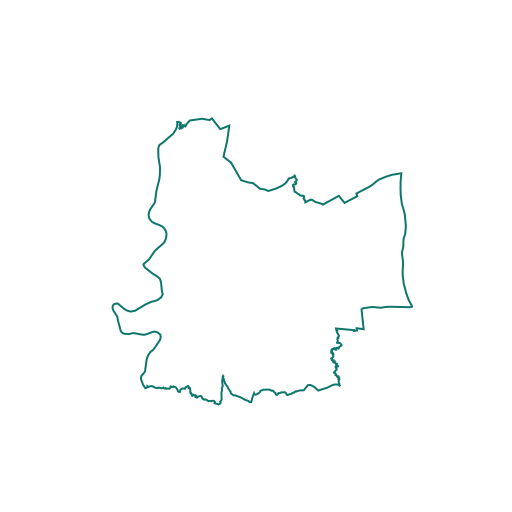 Santo Tomé, Corrientes, Argentina (Mercator projection), rotated 145°
{"feature_id": "61730980B79787842894443", "entity_name": "Santo Tomé", "entity_type": "district", "adm_level": 2, "iso_a3": "ARG", "parent_name": "Argentina", "parent_adm1": "Corrientes", "projection": "mercator", "projection_center": [-56.034, -28.286], "detail": "fine", "context": "isolated", "style": "outline", "palette": "teal", "viewbox_px": 512, "rotation_deg": 145, "n_neighbors": 0, "source": "geoboundaries", "source_scale": "gbopen_adm2", "svg_char_len": 6162}
<svg xmlns="http://www.w3.org/2000/svg" viewBox="0 0 512 512"><g transform="rotate(145 256 256)"><path d="M369.5,155.2L368.8,157.3L366.6,158.0L362.9,163.6L360.5,165.9L359.9,167.3L358.0,168.4L355.6,172.7L352.4,176.2L351.7,176.6L351.7,176.3L352.9,174.9L353.0,173.4L353.8,172.6L353.7,171.3L354.5,169.4L354.3,167.8L354.5,166.6L354.2,165.7L354.7,163.2L354.6,161.6L354.8,160.8L354.6,159.4L355.2,158.6L355.3,157.5L354.3,154.7L352.6,153.5L352.3,152.7L349.8,149.3L347.2,144.1L345.3,141.5L345.1,140.0L344.7,139.6L343.7,139.1L340.4,141.9L336.4,144.6L336.7,143.6L335.7,142.5L333.7,142.1L331.3,142.2L329.5,143.0L326.4,142.1L321.5,138.8L320.6,136.8L319.6,136.2L319.1,134.8L319.2,134.0L318.6,132.6L319.2,131.3L318.9,130.6L318.1,130.1L316.2,130.8L315.5,130.2L313.7,129.9L310.2,127.5L310.1,126.3L310.4,124.6L310.0,124.0L307.5,123.4L306.3,122.7L304.9,122.9L302.7,122.2L302.2,122.5L301.3,122.5L300.9,122.3L300.8,121.9L297.2,120.8L294.0,118.6L287.4,120.4L285.3,119.0L283.4,115.4L282.1,110.0L275.3,108.0L274.3,107.5L266.7,106.2L264.7,105.3L262.4,103.4L261.7,101.0L261.5,103.5L260.9,103.9L261.1,104.3L260.5,105.5L259.4,106.5L259.4,107.3L258.3,107.4L257.8,108.1L258.4,109.1L257.6,109.6L257.5,110.1L258.6,110.5L258.7,110.9L258.4,111.7L259.1,112.7L258.4,113.3L258.6,114.1L258.3,114.5L258.9,115.1L258.9,115.9L256.6,116.4L256.2,116.7L255.1,116.7L254.6,117.5L254.7,119.1L254.2,119.7L253.8,119.7L252.5,118.5L251.9,118.7L252.0,119.1L252.4,119.2L252.8,120.4L251.6,121.2L252.5,121.8L252.2,122.9L252.6,123.2L252.1,124.2L252.8,124.2L252.8,124.7L253.5,124.7L253.5,125.1L252.3,126.2L253.5,127.0L253.2,128.9L252.0,128.7L251.7,129.0L250.4,129.3L250.3,129.9L249.4,130.9L249.4,131.4L248.9,131.3L248.8,131.9L249.0,132.3L249.3,132.0L249.5,132.3L249.5,132.7L249.1,132.9L249.4,133.2L248.7,133.4L248.6,133.8L249.4,134.3L248.9,135.0L248.2,135.5L247.9,135.2L247.2,135.3L246.9,136.0L246.6,136.0L246.2,135.5L244.8,135.6L243.8,134.7L244.2,134.4L245.0,134.5L244.9,134.0L244.3,133.5L244.2,133.9L243.1,134.6L241.5,133.8L241.8,133.1L241.5,132.9L241.1,133.0L240.9,133.5L240.0,133.8L237.3,133.6L236.8,134.5L237.2,136.5L238.3,137.7L239.3,138.2L239.2,138.7L238.3,138.9L237.5,140.0L237.1,141.1L236.0,142.2L235.6,141.7L235.2,142.4L234.5,142.5L233.8,143.2L233.3,147.6L232.7,148.5L232.4,148.4L232.6,149.6L232.3,149.7L232.0,150.7L218.3,139.1L218.8,138.5L216.1,137.1L215.0,139.1L209.8,134.3L200.2,151.7L198.6,151.9L190.1,147.7L183.5,142.0L179.0,139.9L174.8,137.2L159.5,125.9L157.8,125.0L157.2,125.3L156.9,126.0L156.2,132.2L154.2,139.5L151.0,148.2L147.0,155.9L144.5,159.6L139.3,166.2L135.4,173.6L133.9,175.7L129.8,179.3L126.7,183.7L124.9,185.7L121.3,188.4L116.3,194.2L110.3,204.6L108.8,208.5L106.8,214.7L102.5,222.9L99.1,228.1L95.0,233.8L89.5,240.4L98.0,244.5L104.0,246.4L110.9,248.0L114.2,248.1L119.6,247.6L123.4,247.7L137.9,249.6L138.8,246.9L153.0,248.7L153.6,257.8L171.8,259.7L171.9,260.6L176.5,266.5L178.0,270.2L178.6,270.5L179.3,270.5L179.5,271.0L184.8,271.6L184.0,273.1L184.2,273.7L183.8,274.4L184.1,275.3L184.1,275.9L182.6,276.7L182.4,277.8L182.8,278.4L183.5,278.7L185.2,280.3L185.5,282.2L186.6,284.3L186.7,285.3L187.5,286.4L187.4,286.9L185.4,290.6L185.3,291.0L185.7,291.6L185.0,293.0L184.3,293.2L183.4,292.4L182.5,292.1L181.6,292.3L181.3,292.6L181.5,293.5L181.1,293.8L181.3,294.2L180.2,294.2L178.9,295.0L179.0,298.8L178.2,299.0L178.2,299.7L178.9,299.6L179.1,299.2L179.6,299.2L180.2,299.6L182.3,299.7L184.7,300.7L185.7,300.1L190.3,298.6L194.3,298.6L200.8,299.7L208.6,302.2L210.5,305.3L214.1,308.8L216.6,317.3L220.5,321.1L224.7,326.6L222.9,346.8L225.7,356.0L214.1,366.3L203.1,378.1L212.5,380.4L213.2,394.0L216.1,394.0L221.5,399.4L232.6,405.0L237.7,403.7L238.2,403.2L238.9,403.2L239.2,402.9L239.6,403.1L239.8,402.9L240.0,403.2L239.9,403.7L240.4,404.1L240.2,404.5L240.8,404.5L241.1,405.2L241.6,404.9L241.4,404.5L241.9,404.1L241.7,403.8L242.3,403.3L243.7,403.3L244.3,404.2L245.6,404.0L245.7,404.4L244.9,405.0L244.1,405.2L243.8,405.7L243.2,405.5L243.1,405.9L243.6,406.8L243.3,407.3L242.9,407.6L241.7,407.4L241.3,408.1L242.3,410.1L243.7,411.0L244.4,409.6L246.8,407.0L248.9,405.7L253.7,403.7L267.5,402.3L271.5,402.3L273.2,401.2L274.4,400.1L279.1,393.2L283.9,383.4L288.1,377.8L290.9,374.6L300.2,366.5L307.5,358.5L309.0,357.5L316.1,354.8L318.4,353.3L320.2,351.5L321.7,348.8L321.9,346.6L321.6,343.5L320.1,340.6L317.7,337.2L315.7,333.6L315.4,330.8L315.5,328.7L316.4,325.9L318.1,323.6L319.9,321.8L323.0,320.0L325.3,319.4L334.1,318.5L336.5,318.0L345.6,314.6L351.2,314.1L352.8,313.8L353.3,313.2L353.5,312.1L353.5,309.8L350.5,300.1L348.4,295.2L347.8,292.3L348.9,288.9L353.3,281.1L354.3,278.2L357.5,276.5L361.5,276.4L364.3,277.0L367.9,278.5L374.1,279.7L386.3,280.5L389.9,282.0L391.1,282.9L392.9,285.2L394.1,287.6L396.4,296.0L396.8,296.6L398.6,297.6L400.4,298.0L402.4,296.9L403.6,295.2L404.2,292.3L404.4,285.9L406.1,282.3L409.7,272.4L409.8,270.6L409.4,269.1L408.5,267.9L405.2,265.1L402.6,264.1L400.4,263.0L394.9,257.4L392.8,255.6L390.5,254.7L384.3,253.1L382.2,252.1L381.0,250.7L380.1,248.9L379.7,247.5L379.6,246.1L380.2,244.8L381.6,243.2L383.2,242.1L392.1,238.7L394.4,238.1L397.8,237.9L401.9,236.2L405.3,233.6L413.0,225.2L414.1,224.7L418.6,223.5L419.3,222.9L420.8,221.2L421.3,219.4L422.3,215.4L422.5,211.2L420.9,210.8L420.2,211.1L419.7,211.6L419.6,210.7L419.3,210.3L418.5,210.4L415.9,209.2L415.5,208.3L414.9,207.7L414.4,206.3L413.2,204.7L411.7,204.0L411.3,204.1L408.9,201.5L407.4,201.3L407.2,200.2L406.6,199.7L406.0,199.7L405.7,198.7L404.9,198.5L403.1,197.0L401.5,197.2L400.8,198.1L399.1,196.3L398.4,196.5L397.0,194.2L397.0,191.4L397.5,189.9L397.0,188.6L396.2,188.3L394.7,189.7L393.4,189.9L391.9,189.5L390.4,188.0L389.4,188.4L389.2,188.8L386.7,188.6L386.1,188.3L386.0,187.5L386.9,186.7L386.9,186.2L385.9,185.5L386.8,183.7L387.8,182.4L388.1,181.8L387.9,181.5L388.3,181.3L388.2,180.2L387.9,179.9L388.4,178.8L388.4,178.1L387.1,178.4L386.8,177.4L386.0,176.7L385.6,176.8L385.3,176.2L385.8,176.0L385.7,175.5L386.4,175.1L385.8,174.1L385.3,173.8L384.4,174.1L382.6,173.6L381.5,172.9L381.2,172.1L381.7,169.8L381.0,168.8L381.0,168.2L379.3,167.2L378.2,164.3L376.8,163.7L376.3,162.9L374.9,162.5L373.8,161.6L373.4,160.9L373.4,159.9L374.4,159.2L372.6,157.1L372.0,155.9L369.5,155.7L369.5,155.2Z" fill="none" stroke="#0f766e" stroke-width="2"/></g></svg>